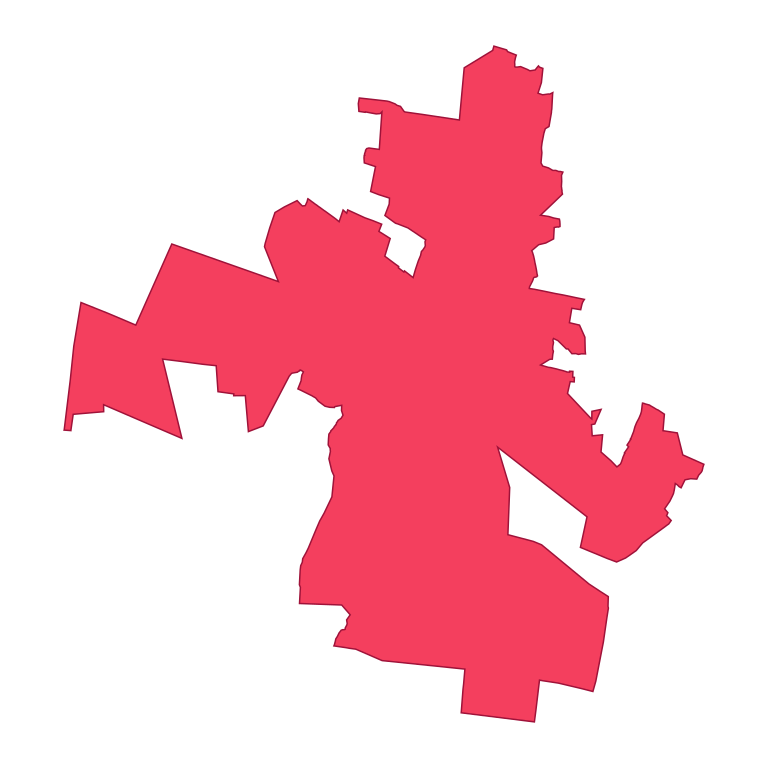 Ticul, Yucatán, Mexico (Equal Earth projection)
{"feature_id": "50627088B40370346944296", "entity_name": "Ticul", "entity_type": "district", "adm_level": 2, "iso_a3": "MEX", "parent_name": "Mexico", "parent_adm1": "Yucatán", "projection": "equal_earth", "projection_center": [-89.54, 20.365], "detail": "fine", "context": "isolated", "style": "filled", "palette": "rose", "viewbox_px": 768, "rotation_deg": 0, "n_neighbors": 0, "source": "geoboundaries", "source_scale": "gbopen_adm2", "svg_char_len": 5901}
<svg xmlns="http://www.w3.org/2000/svg" viewBox="0 0 768 768"><path d="M333.9,645.9L346.2,647.7L349.5,648.3L353.8,648.9L355.4,649.1L355.6,649.1L382.1,660.6L464.9,669.1L463.6,684.1L463.0,689.3L461.4,710.5L461.2,712.8L534.4,721.9L535.9,710.3L539.5,680.1L542.6,680.7L558.4,683.1L570.6,686.0L579.1,688.0L583.6,689.1L587.5,690.1L592.9,691.5L595.8,681.2L603.4,641.9L606.9,617.6L608.4,608.1L608.0,606.3L608.3,596.6L599.6,591.0L589.0,584.0L541.6,544.8L533.3,541.4L507.9,534.7L509.7,487.5L497.6,447.1L524.0,467.7L530.8,473.0L587.0,516.8L585.4,524.3L580.4,547.4L607.3,558.5L616.6,562.0L625.6,558.0L636.2,550.6L642.7,542.9L650.7,537.1L665.0,526.7L667.5,524.8L668.7,524.0L671.2,520.5L666.6,515.7L667.9,512.7L664.6,508.8L669.9,501.1L672.4,496.0L673.5,493.5L674.3,489.9L675.3,483.5L677.5,485.0L679.0,486.6L681.1,487.8L685.0,479.8L690.7,478.7L696.8,479.1L698.7,475.1L699.2,474.6L701.3,472.2L702.1,470.8L702.7,468.4L702.9,467.2L703.9,464.3L682.8,454.9L677.3,432.9L663.0,430.7L664.4,414.2L658.1,410.0L656.6,409.4L653.7,407.6L650.4,405.7L649.6,405.1L644.9,403.8L644.3,403.5L643.2,403.2L642.5,403.1L642.4,403.8L642.1,405.6L641.9,407.7L641.4,411.6L640.6,414.3L638.9,418.3L636.6,422.6L634.9,426.8L633.6,431.6L631.0,438.2L630.4,439.0L630.8,439.3L627.0,445.1L628.6,446.8L624.4,452.9L624.8,453.3L624.6,453.5L623.1,456.9L622.0,460.3L621.3,462.3L620.4,464.1L617.2,466.7L616.9,466.9L611.0,460.8L601.0,452.0L602.6,434.8L592.2,435.8L591.5,424.6L594.8,424.0L601.1,409.4L591.9,411.3L591.8,419.0L590.9,418.3L590.7,418.2L567.5,393.5L570.2,381.6L574.2,381.9L574.4,377.4L572.7,377.1L572.9,371.4L569.6,371.2L569.6,372.2L567.1,372.0L566.6,371.9L566.1,371.6L564.4,371.1L562.8,370.6L559.6,369.8L556.7,369.0L553.7,368.3L550.8,367.6L548.3,367.3L545.9,366.6L542.9,365.7L542.1,365.6L540.5,365.0L549.6,359.4L550.9,359.2L552.3,359.2L552.8,354.3L553.4,351.2L552.7,349.4L552.8,346.2L553.3,343.7L553.5,342.5L553.1,340.9L552.9,340.0L553.5,338.5L557.9,340.6L562.7,345.3L566.3,348.9L568.0,348.9L571.9,353.7L575.9,353.6L578.4,354.4L581.6,353.8L585.5,353.9L585.2,350.9L584.9,337.2L583.3,333.6L579.5,325.1L569.4,322.7L571.8,308.3L580.7,309.7L581.8,304.9L582.3,303.2L582.6,302.4L583.3,301.1L584.4,299.4L575.6,297.6L569.1,296.2L562.8,294.9L555.1,293.5L544.1,291.2L534.6,289.3L529.3,288.5L529.5,286.9L530.9,284.2L531.6,282.8L532.4,281.3L533.1,279.5L533.4,278.3L533.8,277.7L534.2,277.3L534.8,277.2L535.7,277.1L536.3,276.9L536.8,276.7L537.1,276.2L537.5,275.9L537.4,275.3L537.0,273.7L536.8,272.2L536.4,269.7L535.5,265.1L534.9,262.5L534.5,260.1L533.6,256.0L532.4,252.0L531.7,250.7L538.7,244.7L545.8,243.0L553.6,238.9L554.2,227.5L556.3,227.1L557.4,226.9L558.3,227.1L560.0,226.5L560.0,224.1L559.8,221.1L559.4,219.1L553.7,218.0L548.9,216.5L540.5,215.2L554.0,202.3L562.5,194.1L562.2,193.0L562.0,191.8L562.0,190.0L561.7,189.4L561.7,188.2L561.4,186.6L561.7,181.5L561.5,175.3L562.9,172.1L559.9,171.4L559.0,171.6L555.8,170.4L552.8,170.4L548.5,167.9L542.7,166.1L541.0,162.9L541.9,152.8L541.5,148.9L541.5,147.1L542.1,142.5L543.9,133.2L545.3,128.7L549.0,126.5L551.4,112.7L551.5,110.9L551.8,109.0L552.6,94.1L552.8,92.6L549.7,94.1L548.4,94.0L542.6,94.8L538.0,93.2L541.4,82.6L542.9,68.4L539.4,67.1L538.5,65.9L537.9,66.5L535.1,70.0L529.9,70.8L527.5,69.5L520.6,66.6L517.0,67.1L515.1,67.0L514.7,66.4L514.8,64.7L514.6,61.9L515.5,57.6L516.3,55.1L510.0,52.6L507.6,51.6L506.6,49.9L493.9,46.1L492.7,50.4L464.2,67.8L459.4,120.0L422.2,114.4L405.1,112.0L404.1,111.5L400.5,106.4L397.0,105.3L395.1,103.9L389.0,101.5L387.7,101.3L387.2,101.1L372.1,99.4L359.3,98.0L358.3,103.6L358.9,111.4L365.2,112.3L365.4,111.9L371.1,113.0L376.2,113.9L380.2,113.6L381.9,111.9L379.3,149.4L368.9,148.0L366.7,148.6L365.5,150.3L365.7,151.1L365.4,151.4L364.5,154.1L364.7,155.4L364.2,155.5L364.0,157.9L364.3,162.9L375.5,166.6L370.6,191.5L378.9,194.7L389.5,198.1L389.2,204.1L384.9,215.5L394.9,222.8L395.7,223.3L397.7,223.9L407.9,227.9L421.1,236.8L425.7,239.8L425.0,241.8L425.3,245.6L424.9,246.9L423.7,248.7L422.8,250.0L421.4,251.5L420.6,255.4L418.3,260.9L415.4,269.6L413.1,277.6L404.5,270.9L403.9,272.0L398.4,267.8L398.7,266.5L395.6,264.3L384.8,256.2L390.2,238.5L378.9,231.4L381.7,224.2L373.0,220.7L364.9,217.8L347.7,209.9L346.7,213.2L343.1,210.0L339.1,221.7L336.2,219.3L333.7,217.4L324.6,210.8L324.3,210.7L323.0,209.7L322.3,209.2L321.2,208.4L320.3,207.7L319.4,207.1L318.5,206.5L317.6,205.8L316.7,205.1L315.8,204.5L314.9,203.9L314.0,203.2L313.1,202.5L312.2,201.9L311.3,201.2L310.5,200.6L309.6,199.9L308.7,199.3L308.0,198.8L307.9,198.7L307.8,198.8L307.4,200.4L307.1,201.6L305.3,205.6L302.4,206.0L300.3,204.0L297.1,200.6L284.4,206.9L275.0,212.5L269.7,228.0L265.2,243.3L264.5,246.7L278.4,281.6L246.2,270.2L171.8,244.0L135.8,325.1L107.7,313.2L85.2,304.2L81.0,302.5L73.8,346.0L70.2,380.6L64.2,429.8L64.1,430.1L70.9,430.6L70.9,430.3L73.2,414.3L103.7,411.7L103.6,404.7L167.9,432.4L181.9,438.4L162.6,359.1L181.1,361.4L203.0,364.3L216.2,365.7L218.0,391.7L233.8,393.9L233.7,395.7L245.3,395.6L248.4,431.6L263.2,425.9L289.2,376.2L289.8,375.5L291.1,373.9L291.9,373.2L297.4,372.2L298.6,371.3L299.6,370.9L299.6,370.3L300.4,370.0L301.7,370.7L303.4,371.9L301.9,375.0L301.4,377.9L301.2,379.6L301.1,380.7L297.9,388.9L301.1,390.4L312.2,395.9L313.1,396.5L315.6,397.9L318.3,401.2L325.0,406.2L329.6,407.3L334.4,407.5L334.6,406.8L335.4,406.5L341.7,405.3L341.5,410.5L343.0,415.2L341.1,418.3L338.1,420.4L337.4,421.7L336.5,422.8L336.4,423.9L335.7,424.8L335.8,425.0L334.4,426.4L333.8,427.7L331.6,430.1L330.9,430.7L330.7,431.6L328.9,434.1L328.5,438.5L328.2,444.9L330.3,448.6L330.2,449.8L330.4,451.5L328.9,458.8L331.8,470.9L334.0,475.9L331.9,496.9L324.1,513.2L319.7,521.0L316.0,529.6L308.4,547.9L306.2,552.4L302.7,558.7L302.3,562.2L300.7,565.7L300.2,569.8L299.4,584.8L300.4,587.3L299.5,603.5L341.7,605.0L350.2,614.8L346.6,619.9L347.2,623.5L346.8,625.0L345.3,627.8L345.1,629.4L344.0,629.7L342.6,629.7L341.2,630.2L339.1,632.9L337.4,636.4L335.8,638.9L335.3,641.3L334.4,644.7L333.9,645.9Z" fill="#f43f5e" stroke="#9f1239" stroke-width="1.5"/></svg>